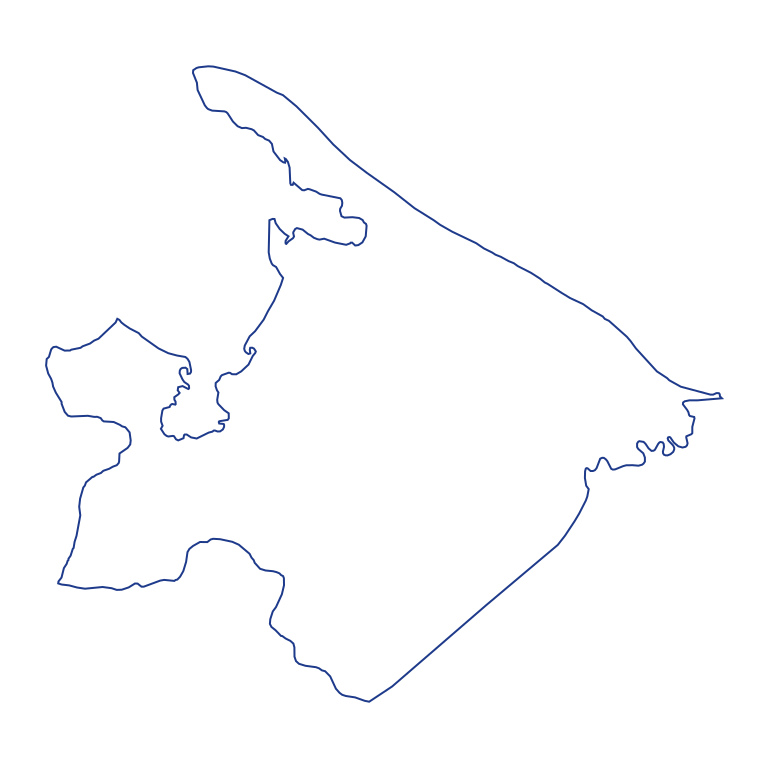 Puerto Barrios, Izabal, Guatemala
{"feature_id": "79465075B20471919033812", "entity_name": "Puerto Barrios", "entity_type": "district", "adm_level": 2, "iso_a3": "GTM", "parent_name": "Guatemala", "parent_adm1": "Izabal", "projection": "orthographic", "projection_center": [-88.506, 15.734], "detail": "fine", "context": "isolated", "style": "outline", "palette": "blue", "viewbox_px": 768, "rotation_deg": 0, "n_neighbors": 0, "source": "geoboundaries", "source_scale": "gbopen_adm2", "svg_char_len": 6060}
<svg xmlns="http://www.w3.org/2000/svg" viewBox="0 0 768 768"><path d="M58.2,583.4L61.5,584.5L69.2,585.4L77.0,587.5L85.0,588.7L102.6,587.0L111.6,588.2L116.7,589.9L121.8,589.7L128.7,587.4L135.0,583.5L137.6,583.6L141.5,586.7L143.7,586.7L160.2,580.6L164.2,579.9L174.4,580.9L175.5,580.0L177.3,579.6L180.1,576.7L183.3,571.1L186.1,561.9L187.5,552.1L189.4,548.9L193.1,545.9L200.0,542.0L207.3,542.1L210.6,539.5L213.1,538.8L220.1,539.2L232.3,541.8L238.8,544.7L249.6,553.8L251.5,557.6L253.7,560.1L254.7,562.8L260.1,568.8L265.6,570.5L272.9,571.2L276.5,572.1L279.5,573.4L281.1,575.1L283.1,576.1L283.9,578.2L284.0,585.3L281.9,594.2L276.0,607.1L272.8,611.4L270.3,619.1L269.9,623.9L271.4,626.9L275.6,630.3L281.0,635.9L282.4,636.1L285.6,638.5L290.4,640.9L293.4,643.6L294.4,647.4L294.5,656.7L296.0,661.1L299.0,663.8L305.5,665.8L316.0,667.2L319.0,668.3L322.0,670.4L325.1,671.2L330.2,676.4L335.9,688.7L339.5,692.8L342.2,694.8L345.9,696.0L355.1,697.4L364.7,700.8L369.2,701.7L392.1,686.5L486.4,605.0L557.8,544.9L565.0,535.7L574.6,521.2L579.1,513.7L585.8,500.6L587.3,496.5L588.7,489.1L586.2,485.7L584.9,477.9L585.1,471.2L585.8,468.6L586.8,468.1L587.7,468.4L590.6,471.0L593.0,471.0L594.9,470.2L596.6,468.1L600.2,458.7L602.2,457.8L603.9,457.9L605.7,459.2L607.3,461.1L611.2,468.8L612.9,469.6L615.1,469.4L623.2,466.1L626.2,465.3L632.6,465.2L638.5,465.7L642.1,464.7L643.5,463.6L644.9,461.6L644.9,457.6L643.3,453.3L638.3,449.0L637.1,447.1L637.1,443.5L638.3,441.7L639.3,441.2L643.6,441.9L645.5,443.8L648.6,448.4L651.5,450.9L653.6,450.7L654.9,449.8L658.3,443.7L659.5,442.4L660.4,442.0L662.7,442.4L663.7,444.0L664.0,446.9L662.9,451.7L663.1,453.4L664.1,454.8L665.5,455.3L667.5,455.4L670.5,454.2L673.2,451.9L674.2,449.5L674.2,447.7L673.1,445.4L668.3,440.4L667.7,438.4L668.0,437.5L669.2,437.0L670.3,437.4L673.8,442.5L678.3,446.3L682.5,447.5L685.6,446.8L687.0,445.4L687.6,443.3L686.2,437.3L686.4,436.3L691.4,434.2L692.3,433.1L692.3,426.9L694.5,418.4L694.2,417.0L689.9,416.0L689.1,415.0L688.4,412.2L687.2,410.0L682.9,404.3L683.1,402.5L684.7,401.3L689.6,400.3L697.9,400.3L721.9,398.3L720.0,396.4L719.7,394.2L718.9,393.2L716.4,393.1L713.2,394.6L710.4,394.6L680.8,386.7L669.3,380.3L667.1,378.1L656.9,371.4L635.9,348.4L630.6,341.1L626.8,336.7L608.9,320.8L604.8,318.9L602.8,316.5L591.7,310.3L583.1,304.1L570.2,298.1L561.6,292.9L547.5,283.8L544.8,282.5L540.0,278.6L531.1,272.9L517.8,266.1L513.8,263.2L508.6,261.1L500.8,256.8L495.5,254.7L492.3,252.6L484.0,248.5L476.2,243.2L452.2,231.7L440.1,224.8L433.7,220.2L414.5,208.2L394.2,192.2L366.9,172.9L349.9,160.0L333.2,144.4L318.1,127.9L296.5,106.4L282.9,95.1L276.9,92.7L245.2,75.2L235.4,71.5L213.4,66.6L208.3,66.3L198.8,67.3L196.5,68.0L193.2,70.2L193.0,73.0L196.9,82.7L197.6,90.0L204.8,105.3L207.0,108.1L208.2,109.1L212.1,110.6L224.5,111.4L226.3,112.1L227.6,113.3L232.9,121.5L237.6,126.2L241.9,128.1L246.0,127.8L251.6,129.2L253.9,130.4L258.1,135.1L263.0,137.0L265.2,139.0L269.1,140.6L271.9,143.9L273.5,151.5L280.1,160.1L283.3,162.3L285.1,162.7L285.4,161.5L284.8,158.5L285.9,159.1L287.9,161.9L289.6,167.6L290.3,183.3L291.0,184.9L292.7,184.9L293.6,182.7L302.2,190.1L304.2,190.3L307.9,188.9L309.7,189.3L316.1,191.6L319.7,193.9L321.8,194.6L340.4,198.3L341.8,200.1L342.3,202.8L342.0,205.7L340.2,208.7L340.0,210.9L341.5,216.2L344.4,217.6L352.4,217.2L359.1,218.0L362.6,220.0L364.0,222.5L366.0,223.9L366.6,225.8L365.7,236.4L362.4,242.4L358.3,245.1L355.2,245.5L352.1,242.6L350.6,242.7L350.3,243.3L346.2,244.8L335.1,242.6L324.2,238.7L319.5,239.6L317.5,239.2L313.9,237.8L310.6,235.3L308.0,234.0L302.6,229.6L296.9,228.1L295.2,229.0L293.4,232.0L293.2,233.0L294.0,236.5L293.0,238.2L288.6,241.3L286.3,243.9L285.7,243.6L285.5,242.6L285.7,240.7L288.5,236.3L284.7,233.8L279.7,229.0L275.7,223.2L274.5,219.0L272.6,218.9L269.4,220.2L268.7,252.3L269.8,258.6L271.7,263.5L272.9,265.1L276.1,267.0L280.1,274.1L283.1,277.9L280.8,285.0L274.1,300.7L267.9,311.3L263.7,319.6L255.1,331.2L249.7,336.3L244.8,345.5L244.2,348.7L244.8,350.9L245.9,352.3L248.4,354.0L250.3,353.4L249.8,349.8L250.2,347.8L252.2,347.7L254.0,348.6L255.8,351.4L255.3,352.9L252.8,355.9L248.5,364.6L241.2,371.4L236.2,374.3L232.0,374.2L230.1,372.9L228.8,372.7L222.0,375.1L220.7,376.4L219.2,379.9L215.7,383.0L215.6,386.3L216.9,390.1L218.4,392.5L217.2,399.8L217.5,402.6L218.4,404.2L224.2,410.2L228.7,413.3L228.8,418.3L227.7,419.9L220.6,421.0L219.2,421.3L218.8,422.0L219.2,423.5L223.1,423.9L223.8,424.1L224.1,424.9L224.1,426.8L222.9,429.4L220.1,431.4L217.6,431.5L214.9,430.5L213.6,430.6L212.5,431.6L208.7,432.6L196.7,438.5L191.1,437.4L186.7,434.5L184.7,434.5L184.0,435.3L183.5,438.2L178.2,440.4L176.0,439.3L174.0,436.2L172.9,435.9L168.3,436.5L166.6,435.9L164.4,434.2L160.9,428.8L162.6,425.8L161.1,421.6L161.1,418.2L162.4,410.5L163.6,408.6L169.6,407.0L170.2,405.5L171.4,404.3L172.2,404.0L175.3,404.6L175.7,404.1L175.5,401.5L174.4,399.7L174.3,397.2L178.4,394.3L179.6,392.9L177.7,390.3L178.2,387.2L182.6,386.1L187.8,388.8L188.5,389.0L189.1,388.3L189.0,385.9L188.1,384.6L184.3,382.0L182.5,379.4L179.6,373.3L179.8,370.6L180.7,368.9L182.3,367.9L185.6,367.7L187.3,369.1L187.6,374.0L190.0,373.6L191.0,372.0L191.1,370.2L189.4,361.9L187.5,358.8L185.4,357.0L176.9,355.5L168.3,353.2L158.5,348.4L141.8,336.6L138.7,333.1L129.6,328.4L124.3,324.8L121.3,322.4L119.4,319.9L117.3,318.8L115.6,322.5L98.5,338.7L94.1,340.6L90.1,343.5L82.6,346.3L80.6,347.8L71.2,349.7L70.1,350.5L64.6,350.6L56.2,346.7L53.4,347.1L52.5,347.9L51.2,349.4L48.9,357.0L46.7,359.0L46.1,365.6L48.2,373.5L51.1,378.8L52.4,382.5L53.1,386.5L55.8,392.6L61.6,402.0L61.6,403.8L64.7,411.9L68.0,415.7L71.2,416.5L87.9,415.8L94.3,416.9L97.2,416.8L100.7,418.1L102.3,420.4L103.8,421.4L113.7,422.0L119.8,424.8L122.2,426.4L125.2,427.2L126.0,428.0L129.6,432.4L130.7,440.4L130.2,444.5L127.6,447.9L119.5,453.5L119.1,461.6L118.7,463.0L116.8,465.2L112.8,466.7L109.1,468.8L103.3,470.8L100.9,473.0L96.4,474.7L93.5,476.8L92.4,476.9L86.0,482.4L84.9,485.5L83.3,487.5L80.1,498.7L79.2,506.8L80.3,515.3L76.5,535.9L74.6,541.8L73.6,548.0L72.8,548.8L70.6,555.7L68.5,558.7L68.4,560.1L67.6,560.9L66.7,563.8L63.9,568.1L61.5,577.6L58.5,581.4L58.2,583.4Z" fill="none" stroke="#1e3a8a" stroke-width="2"/></svg>